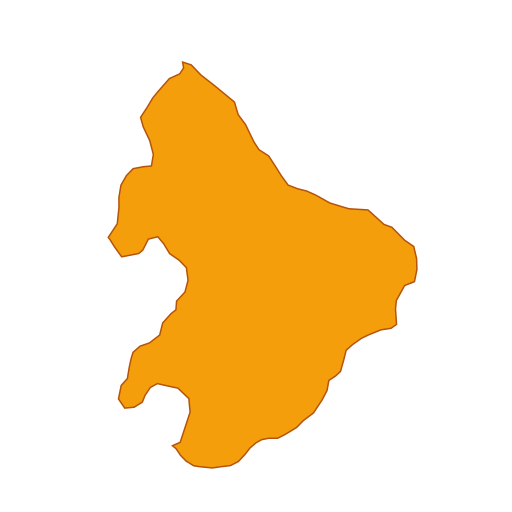 Jabrayil District, Cəbrayıl, Azerbaijan, rotated 261°
{"feature_id": "54616110B25171122868047", "entity_name": "Jabrayil District", "entity_type": "district", "adm_level": 2, "iso_a3": "AZE", "parent_name": "Azerbaijan", "parent_adm1": "Cəbrayıl", "projection": "natural_earth1", "projection_center": [46.975, 39.317], "detail": "fine", "context": "isolated", "style": "filled", "palette": "amber", "viewbox_px": 512, "rotation_deg": 261, "n_neighbors": 0, "source": "geoboundaries", "source_scale": "gbopen_adm2", "svg_char_len": 1635}
<svg xmlns="http://www.w3.org/2000/svg" viewBox="0 0 512 512"><g transform="rotate(261 256 256)"><path d="M81.7,143.8L78.2,146.9L70.7,150.4L64.5,154.8L58.6,161.6L56.6,167.8L53.5,179.8L53.4,187.3L53.0,197.9L55.8,206.5L62.0,214.4L67.3,220.0L71.6,227.0L73.7,232.8L74.0,240.0L72.6,248.8L75.3,257.1L80.3,269.3L86.1,277.1L92.0,288.2L103.2,298.5L112.0,305.1L121.7,308.5L125.0,315.7L125.5,316.5L128.8,321.4L139.4,326.3L148.8,330.3L153.5,337.7L158.2,347.2L160.6,355.2L163.5,367.8L163.5,378.1L166.5,384.1L169.8,384.4L181.8,385.5L190.0,387.6L203.6,398.2L205.9,408.5L217.4,412.8L228.3,414.2L240.7,413.3L248.3,405.3L263.1,394.7L267.2,387.3L284.0,373.8L288.1,355.2L292.2,346.6L296.9,337.1L306.6,324.8L312.2,316.3L316.0,307.4L321.0,298.8L331.0,293.7L339.9,289.9L352.8,284.2L360.5,275.6L368.7,271.9L387.5,266.2L398.4,260.5L411.4,258.8L430.5,241.9L443.4,229.9L454.9,221.9L459.0,213.9L453.1,213.9L447.8,209.1L444.8,198.2L433.9,185.1L428.3,178.8L419.8,171.7L411.0,163.7L401.3,164.8L386.6,169.1L372.4,170.5L361.3,166.8L361.8,158.8L361.5,148.3L355.7,140.6L347.1,133.7L335.1,129.7L325.6,128.3L309.5,124.0L297.5,113.0L295.1,114.3L287.1,117.7L276.2,123.2L276.8,140.6L279.5,145.1L289.5,152.3L290.4,162.0L282.4,166.8L271.8,171.1L263.9,179.4L255.4,185.4L242.7,185.1L231.5,180.2L223.9,170.5L215.4,168.5L212.4,163.1L204.5,153.4L193.0,148.5L186.8,137.1L185.1,127.4L180.1,119.5L174.2,116.6L165.4,113.2L155.1,109.8L149.2,102.6L136.3,97.8L126.3,102.6L125.7,112.0L129.5,120.9L135.7,124.6L142.7,131.1L145.4,138.6L141.5,148.3L137.7,158.2L125.6,167.4L118.7,166.9L112.1,166.5L98.3,159.4L83.9,152.0L81.7,143.8Z" fill="#f59e0b" stroke="#b45309" stroke-width="1.5"/></g></svg>